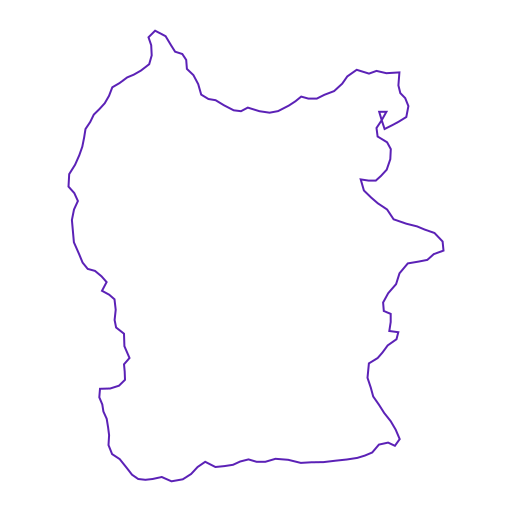 Turvolândia, Minas Gerais, Brazil (orthographic projection)
{"feature_id": "56859067B33142489380920", "entity_name": "Turvolândia", "entity_type": "district", "adm_level": 2, "iso_a3": "BRA", "parent_name": "Brazil", "parent_adm1": "Minas Gerais", "projection": "orthographic", "projection_center": [-45.794, -21.88], "detail": "fine", "context": "isolated", "style": "outline", "palette": "violet", "viewbox_px": 512, "rotation_deg": 0, "n_neighbors": 0, "source": "geoboundaries", "source_scale": "gbopen_adm2", "svg_char_len": 2254}
<svg xmlns="http://www.w3.org/2000/svg" viewBox="0 0 512 512"><path d="M127.2,77.4L119.5,83.1L112.3,87.3L109.0,95.9L104.7,103.3L99.4,109.1L93.8,114.6L90.2,122.0L85.5,129.0L84.1,137.7L82.3,146.7L79.3,155.2L75.1,164.7L69.2,174.1L68.5,186.6L74.3,193.1L77.9,201.0L74.0,209.5L71.9,220.0L73.1,233.4L73.9,242.3L79.1,254.1L82.6,262.6L87.7,268.9L95.0,270.9L101.5,276.3L106.6,282.1L102.0,290.8L109.2,294.7L114.5,299.3L115.7,309.8L114.6,320.0L116.1,327.5L124.0,333.7L124.4,346.2L129.5,358.0L124.0,364.3L124.7,371.6L125.0,379.8L119.0,385.7L110.2,388.5L100.0,388.8L99.3,397.3L102.3,404.5L103.4,411.5L106.7,418.8L108.1,427.4L109.1,435.2L108.5,445.1L112.1,454.1L119.7,459.1L126.9,468.1L132.0,474.7L138.2,479.0L145.4,479.8L152.6,479.0L161.7,477.0L171.5,481.3L182.8,479.3L191.1,474.0L197.6,467.0L205.2,461.8L215.4,467.0L224.4,466.1L233.0,464.8L240.2,461.5L248.5,459.4L256.6,461.8L265.3,461.8L275.5,458.8L288.2,459.8L300.8,462.9L310.9,462.3L323.6,462.1L335.5,460.7L346.8,459.5L357.3,457.9L364.8,455.6L372.2,452.5L378.9,444.6L388.1,442.6L394.9,445.8L399.7,439.1L395.7,429.7L390.7,421.2L384.2,413.0L379.0,404.8L373.2,396.5L370.8,387.7L367.5,377.8L368.9,363.4L377.7,358.0L382.4,352.6L387.7,345.4L396.5,339.2L398.3,332.2L389.3,331.0L390.7,322.0L390.7,313.9L383.8,311.0L383.1,302.5L388.2,293.2L396.1,284.1L399.5,273.3L407.8,263.4L418.5,261.6L427.3,259.9L433.8,254.1L443.5,250.6L442.6,241.5L434.5,233.0L424.5,229.5L417.1,226.4L406.3,223.7L393.6,219.3L387.1,209.5L377.8,203.3L371.1,197.5L363.9,190.5L360.7,179.4L368.6,180.6L375.8,180.6L381.0,175.9L386.7,169.7L390.3,159.2L390.8,149.1L387.1,142.3L377.6,136.5L376.5,128.0L381.7,120.2L384.6,129.0L392.2,125.2L398.7,121.7L406.3,117.0L408.4,106.1L405.2,98.1L400.3,93.1L398.4,85.4L399.4,72.4L386.4,73.2L376.5,70.9L369.0,73.6L356.7,69.8L347.3,76.4L342.2,83.7L334.1,91.1L324.4,94.8L316.8,98.6L308.4,98.6L301.2,96.6L295.4,101.3L288.8,105.6L278.1,111.1L269.6,112.7L259.4,111.2L247.8,107.6L241.0,111.2L233.7,110.3L224.0,105.3L215.6,100.2L208.4,99.0L201.2,94.6L198.2,84.1L193.4,75.1L186.9,68.9L186.2,59.9L182.3,54.0L175.1,51.7L171.0,45.2L165.6,36.2L155.1,30.7L148.5,37.3L151.2,45.2L151.7,55.4L149.2,64.2L140.9,70.6L133.7,74.7L127.2,77.4ZM381.7,120.2L379.2,111.8L386.4,111.8L381.7,120.2Z" fill="none" stroke="#5b21b6" stroke-width="2"/></svg>